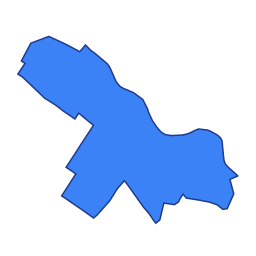 Philadelphia, Pennsylvania, United States of America, rotated 266°
{"feature_id": "52423323B91759364179792", "entity_name": "Philadelphia", "entity_type": "district", "adm_level": 2, "iso_a3": "USA", "parent_name": "United States of America", "parent_adm1": "Pennsylvania", "projection": "mercator", "projection_center": [-75.14, 40.002], "detail": "fine", "context": "isolated", "style": "filled", "palette": "blue", "viewbox_px": 256, "rotation_deg": 266, "n_neighbors": 0, "source": "geoboundaries", "source_scale": "gbopen_adm2", "svg_char_len": 1346}
<svg xmlns="http://www.w3.org/2000/svg" viewBox="0 0 256 256"><g transform="rotate(266 128 128)"><path d="M33.4,147.5L31.1,149.1L34.0,153.3L50.6,158.5L48.3,169.1L50.8,173.3L53.3,174.6L58.2,178.3L54.0,181.3L51.0,194.3L48.4,204.0L45.2,211.6L40.3,216.8L40.6,221.3L54.9,228.9L69.6,226.1L72.5,234.1L72.8,234.0L81.8,225.3L85.4,222.5L89.2,221.5L94.2,221.3L108.5,220.9L111.6,219.7L113.4,218.0L114.7,216.6L114.9,216.4L118.8,210.4L120.4,207.3L122.1,198.3L120.8,194.2L119.2,190.6L119.1,190.4L117.8,186.2L117.3,182.1L117.2,181.0L117.4,170.8L118.4,166.4L118.7,165.1L120.8,161.7L122.7,159.9L124.5,158.5L127.3,156.5L133.9,152.7L134.3,152.6L142.5,149.5L145.3,148.9L145.6,148.9L155.5,144.7L162.7,136.1L163.2,135.4L167.9,126.0L170.4,122.6L170.6,122.5L175.0,119.4L180.6,117.4L189.2,114.3L191.8,112.9L193.8,111.5L204.5,100.5L208.1,96.2L213.6,91.6L213.8,91.4L207.5,85.2L215.8,71.9L224.9,55.4L219.4,37.0L202.3,26.3L199.7,29.8L189.5,21.9L186.2,26.3L169.0,42.0L166.0,44.7L163.6,46.9L155.9,57.4L149.2,64.9L144.5,71.0L140.7,75.7L146.3,79.9L137.3,89.2L133.2,93.7L132.2,93.1L115.2,80.1L107.9,74.7L93.1,63.5L85.9,72.8L64.9,57.1L60.8,62.4L47.9,78.6L40.6,87.4L43.4,91.1L56.5,104.6L68.3,113.2L75.3,120.3L75.6,120.5L74.7,121.3L74.0,121.9L72.7,122.8L62.6,129.0L56.7,132.6L49.2,137.2L48.3,137.7L41.0,143.1L33.4,147.5Z" fill="#3b82f6" stroke="#1e3a8a" stroke-width="1.5"/></g></svg>